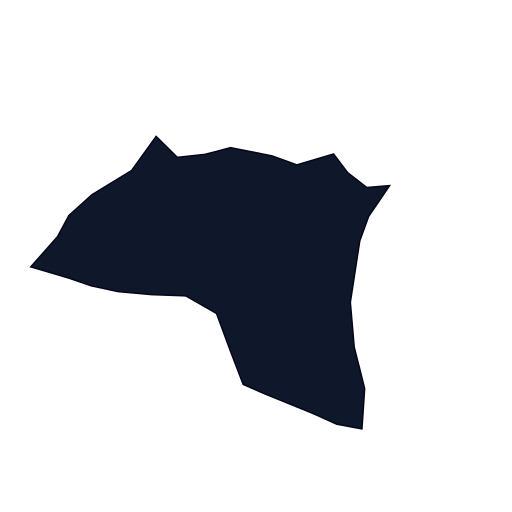 Spilia, Nicosia, Cyprus, rotated 303°
{"feature_id": "46923920B71237456282440", "entity_name": "Spilia", "entity_type": "district", "adm_level": 2, "iso_a3": "CYP", "parent_name": "Cyprus", "parent_adm1": "Nicosia", "projection": "orthographic", "projection_center": [32.941, 34.966], "detail": "fine", "context": "isolated", "style": "filled", "palette": "ink", "viewbox_px": 512, "rotation_deg": 303, "n_neighbors": 0, "source": "geoboundaries", "source_scale": "gbopen_adm2", "svg_char_len": 646}
<svg xmlns="http://www.w3.org/2000/svg" viewBox="0 0 512 512"><g transform="rotate(303 256 256)"><path d="M124.2,73.0L135.4,110.7L141.3,134.3L151.1,159.9L166.7,189.4L184.3,218.8L186.3,254.2L162.8,285.7L141.3,315.2L145.2,338.8L155.0,389.9L158.9,415.4L167.1,435.2L168.7,439.0L183.3,430.9L203.9,419.4L218.2,404.1L223.5,398.3L233.2,387.9L248.6,375.9L268.5,360.4L268.9,360.2L325.2,334.8L350.7,328.9L372.2,329.4L387.8,329.7L373.8,311.6L375.8,287.6L383.8,265.5L354.6,240.5L348.7,214.9L333.0,175.6L313.5,157.9L295.9,136.3L301.9,107.1L260.0,105.1L218.0,85.0L188.1,77.0L164.1,79.0L124.2,73.0Z" fill="#0f172a" stroke="#020617" stroke-width="1.5"/></g></svg>